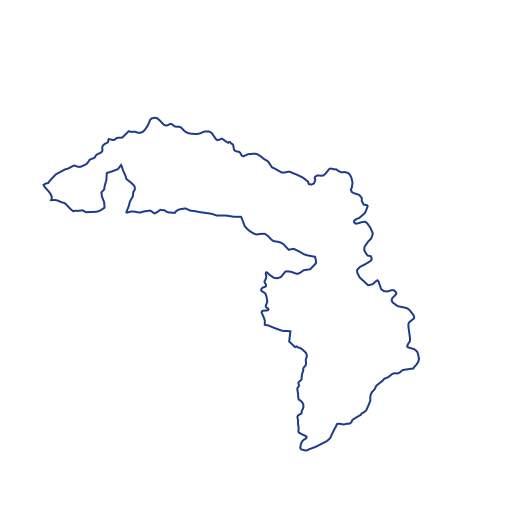 Shumer, Pemagatsel, Bhutan (Robinson projection), rotated 141°
{"feature_id": "84629894B11783061729770", "entity_name": "Shumer", "entity_type": "district", "adm_level": 2, "iso_a3": "BTN", "parent_name": "Bhutan", "parent_adm1": "Pemagatsel", "projection": "robinson", "projection_center": [91.402, 27.089], "detail": "fine", "context": "isolated", "style": "outline", "palette": "blue", "viewbox_px": 512, "rotation_deg": 141, "n_neighbors": 0, "source": "geoboundaries", "source_scale": "gbopen_adm2", "svg_char_len": 6084}
<svg xmlns="http://www.w3.org/2000/svg" viewBox="0 0 512 512"><g transform="rotate(141 256 256)"><path d="M167.9,276.6L169.7,278.6L168.8,281.1L169.5,284.5L170.5,288.1L173.3,294.0L174.8,296.5L176.6,300.1L178.0,301.3L181.3,302.9L183.5,304.7L186.5,312.3L187.8,314.8L187.2,320.6L187.3,322.6L188.7,326.2L189.7,330.8L191.1,334.6L192.7,336.4L198.1,340.1L203.1,341.4L203.9,342.9L203.4,346.0L203.5,347.5L205.6,349.9L206.2,351.4L206.1,352.6L203.7,357.0L204.5,359.1L204.5,360.8L205.3,361.5L206.4,361.5L207.0,363.1L208.5,368.3L208.9,368.9L210.9,369.2L212.4,370.2L213.1,370.3L213.6,371.6L213.1,378.4L213.1,379.9L214.1,382.3L217.5,385.1L222.4,386.5L225.4,388.1L229.7,392.1L231.2,394.0L232.5,396.4L233.1,399.3L233.3,402.6L234.1,404.6L236.1,406.2L237.3,407.4L238.2,409.8L238.4,411.5L239.7,412.7L242.3,413.2L243.6,413.8L244.4,414.9L245.1,416.3L245.2,418.4L245.5,422.0L246.2,425.5L247.5,427.0L250.5,428.6L252.7,428.4L255.3,426.9L258.9,425.2L262.6,424.1L265.9,423.7L268.7,424.7L270.7,426.8L271.3,428.0L272.7,429.5L274.9,431.0L276.4,433.1L285.4,432.2L288.7,434.6L290.0,435.4L292.7,435.3L294.2,436.2L296.8,439.5L297.7,439.1L299.1,437.8L300.2,437.6L303.0,438.3L305.4,438.2L307.2,437.2L308.9,434.6L310.4,434.0L312.7,434.1L313.7,434.6L316.1,435.0L317.6,434.8L318.9,434.1L320.2,434.1L324.7,435.5L327.3,434.6L329.9,434.2L333.8,435.0L336.3,435.8L337.9,437.0L340.4,440.8L343.3,441.5L346.7,442.1L350.1,443.5L359.9,445.4L368.1,444.4L371.6,443.5L373.9,444.7L376.4,444.9L376.8,443.1L376.5,437.0L376.5,434.9L376.8,432.9L377.2,431.3L377.9,429.9L378.8,429.1L380.1,428.4L376.5,425.6L374.6,422.9L373.8,420.9L371.6,417.8L371.0,415.4L370.9,412.4L370.5,408.4L369.8,405.7L368.2,405.1L365.8,403.0L362.1,400.7L360.5,397.0L352.6,391.1L350.8,390.1L348.4,389.4L345.2,389.0L343.3,388.9L340.3,393.1L338.3,399.2L336.1,402.7L331.9,403.4L330.1,405.2L324.3,409.4L319.7,414.4L314.8,412.4L308.6,410.4L303.6,411.6L304.0,410.0L305.5,406.2L307.1,399.9L308.1,398.0L308.2,397.2L308.1,396.4L307.6,394.6L306.7,390.2L306.7,389.1L306.5,388.0L306.5,386.9L307.0,385.6L308.5,383.8L311.0,383.0L314.3,379.8L319.6,377.7L324.3,374.3L327.1,372.9L329.2,371.5L328.9,370.8L326.3,369.8L324.0,368.4L322.2,366.7L320.7,364.7L318.5,362.5L315.9,361.6L311.5,359.1L309.6,357.7L309.0,356.3L308.5,354.0L307.9,352.8L304.8,352.3L301.4,352.1L300.7,351.5L299.6,350.2L298.7,349.6L298.3,348.9L297.7,347.0L296.8,345.2L292.0,340.6L289.3,341.2L285.9,340.3L280.9,337.4L278.5,332.6L275.8,329.9L271.8,325.2L263.9,316.7L260.9,312.0L253.9,306.4L248.6,300.5L243.0,295.9L243.4,294.0L246.0,286.2L245.8,282.7L245.4,280.2L244.3,276.6L243.1,273.8L241.9,272.3L238.7,270.4L235.5,268.0L234.9,267.0L234.2,264.2L233.7,259.2L233.4,257.7L232.9,256.4L229.7,252.9L228.4,250.9L227.4,248.6L227.2,247.9L226.7,240.3L225.3,239.6L222.1,237.7L218.8,230.5L217.9,227.7L217.3,226.6L215.3,223.7L210.6,218.2L211.1,217.3L212.0,215.3L213.1,213.5L214.1,212.6L222.2,211.6L227.9,214.9L232.0,215.2L235.1,216.0L236.6,218.2L238.5,221.4L240.9,224.0L242.9,225.4L250.0,224.0L253.6,225.4L255.8,227.8L257.2,232.4L257.7,235.8L258.1,236.8L258.8,236.8L259.7,236.0L260.5,234.0L261.9,232.7L263.5,231.7L265.3,231.0L265.8,230.3L266.4,227.3L267.2,226.3L268.2,226.3L270.6,227.2L272.1,227.1L273.4,226.5L273.7,225.9L273.6,224.8L272.8,222.9L272.5,221.8L272.4,220.5L272.8,219.3L273.4,217.9L275.7,213.7L277.2,212.6L279.1,211.6L280.2,210.6L280.3,209.5L279.7,207.6L279.9,206.6L280.6,206.4L281.8,206.8L285.2,209.2L286.0,209.3L287.0,208.8L287.6,207.3L288.3,204.4L289.6,200.7L290.2,199.7L292.5,197.0L291.9,196.4L290.3,194.5L286.9,188.3L283.0,181.8L281.4,180.1L278.7,177.9L276.7,175.8L284.0,168.7L283.0,160.7L281.4,160.3L280.9,158.4L279.6,156.8L278.6,153.3L278.1,149.1L279.4,146.2L282.8,143.9L284.4,141.4L286.1,139.8L289.4,139.2L290.6,138.4L291.5,137.1L294.7,135.2L298.1,131.6L299.2,131.2L302.1,131.1L302.9,130.8L303.5,129.7L303.9,128.3L305.2,127.7L306.7,127.4L307.6,126.7L310.0,122.5L312.2,119.5L313.1,117.5L312.4,115.4L312.2,113.7L312.4,111.9L312.7,110.8L314.0,109.0L315.9,107.6L317.0,107.3L318.4,106.4L319.1,105.5L320.0,105.0L323.1,105.6L324.1,105.5L325.3,104.7L325.7,103.8L327.0,101.4L328.7,99.6L331.0,95.6L333.6,92.8L333.8,91.8L332.4,88.3L330.6,84.8L330.5,83.5L331.7,82.8L334.4,83.1L336.8,82.9L338.8,81.9L340.5,80.7L341.9,79.5L342.5,78.6L342.6,77.3L340.5,74.4L339.1,73.0L335.7,72.2L329.9,70.2L317.2,67.5L313.1,67.8L304.1,72.1L301.3,73.1L299.8,74.0L298.6,74.4L296.9,73.3L294.1,70.1L293.2,69.5L290.8,68.4L290.2,67.8L289.4,67.2L288.3,66.8L286.5,66.8L284.6,67.8L283.8,67.9L282.3,67.8L275.5,66.8L274.8,66.6L273.7,67.0L272.4,67.1L270.7,66.7L268.2,66.6L267.3,66.8L264.8,68.0L258.7,71.3L258.1,71.8L256.0,74.4L254.9,75.4L253.3,76.5L251.6,77.2L247.7,77.8L246.5,78.3L244.9,79.2L243.5,79.5L236.0,79.4L234.2,79.8L233.1,79.8L230.7,78.9L228.6,78.6L224.5,78.6L223.5,78.3L222.1,77.7L220.4,76.0L219.1,75.3L217.3,75.0L215.2,75.1L213.8,75.0L212.6,74.4L206.0,70.5L204.7,69.6L202.5,70.2L199.9,70.6L196.6,71.6L194.1,73.4L192.0,77.4L190.9,80.4L191.6,83.8L195.5,89.7L195.2,90.9L193.2,91.9L190.0,93.0L188.3,94.8L182.3,104.7L180.5,107.1L178.7,108.1L172.4,108.1L171.3,109.3L170.7,112.1L170.8,118.2L171.7,120.8L177.4,127.8L179.0,133.6L178.7,136.0L176.8,137.4L171.0,138.2L170.1,139.1L170.1,140.3L170.4,142.6L172.3,144.2L176.1,145.7L178.6,148.0L179.6,151.4L176.8,159.3L176.9,160.7L178.4,160.9L183.0,160.7L186.0,161.9L187.3,162.8L188.9,174.0L187.9,179.1L186.3,181.5L182.1,182.1L175.7,180.8L170.7,180.1L168.7,180.3L167.5,181.5L167.0,183.7L169.0,186.2L168.9,188.7L168.2,192.5L165.9,194.8L159.6,196.7L156.0,197.0L152.9,198.6L150.9,200.2L149.3,206.4L149.0,211.3L149.5,213.8L152.0,215.5L156.4,217.3L158.2,218.4L158.6,220.3L157.3,221.8L154.6,221.5L151.9,220.6L145.0,220.8L142.9,221.5L137.9,224.4L137.7,225.5L138.8,226.9L140.0,228.1L139.2,232.2L137.3,234.5L137.3,238.3L139.1,241.4L140.3,243.0L141.3,245.6L140.5,247.9L138.2,249.1L134.8,252.3L132.6,256.8L131.9,260.0L132.2,262.6L134.4,265.6L136.6,266.9L138.5,270.3L139.1,272.8L140.2,273.7L142.3,276.2L143.4,277.3L144.5,277.5L150.0,276.3L153.0,276.2L155.0,277.5L156.6,279.1L157.6,279.9L159.5,280.4L160.3,280.3L161.3,279.7L162.1,277.7L165.1,276.0L166.2,276.1L167.9,276.6Z" fill="none" stroke="#1e3a8a" stroke-width="2"/></g></svg>